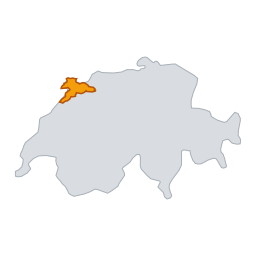 Jura highlighted on a map of Switzerland
{"feature_id": "CHE-160", "entity_name": "Jura", "entity_type": "Canton", "adm_level": 1, "iso_a3": "CHE", "parent_name": "Switzerland", "parent_adm1": "", "projection": "orthographic", "projection_center": [7.156, 47.327], "detail": "fine", "context": "in_parent", "style": "filled", "palette": "amber", "viewbox_px": 256, "rotation_deg": 0, "n_neighbors": 0, "source": "natural_earth", "source_scale": "10m", "svg_char_len": 3591}
<svg xmlns="http://www.w3.org/2000/svg" viewBox="0 0 256 256"><path d="M192.4,74.3L193.9,75.2L197.6,78.3L196.9,83.8L193.2,92.8L191.2,100.1L191.1,105.6L191.6,108.1L192.4,108.1L196.3,108.3L198.2,108.3L204.5,109.6L209.6,111.6L210.6,113.8L211.4,116.6L217.5,120.2L224.4,122.4L226.7,121.6L234.8,112.3L238.1,113.6L240.3,118.3L240.3,120.8L238.4,130.4L238.2,135.5L240.3,138.8L240.6,141.5L240.1,143.9L236.8,144.2L232.1,143.1L228.1,139.2L225.2,139.8L222.7,140.9L221.6,144.9L220.6,149.6L221.1,152.1L223.0,154.0L224.5,158.2L225.8,163.7L226.6,166.1L225.8,167.3L223.4,168.1L221.4,167.5L217.7,161.1L215.9,158.6L213.2,158.3L208.3,160.0L201.0,163.9L197.9,164.0L195.3,163.4L192.8,160.3L190.6,154.4L189.9,150.6L188.4,150.8L183.6,149.8L181.4,151.4L181.6,157.5L181.4,165.2L179.1,170.2L172.6,178.9L170.2,182.7L169.3,185.4L169.1,187.7L170.2,191.7L171.7,195.5L170.6,197.7L167.1,199.0L164.5,196.7L163.4,192.6L157.9,187.0L160.3,182.2L159.8,181.1L150.8,178.8L146.9,175.3L141.3,169.1L140.3,166.4L140.4,157.6L140.0,155.5L139.3,154.4L136.7,154.6L133.1,157.7L129.8,162.3L123.0,167.5L122.3,168.6L124.6,173.6L124.5,175.5L119.0,183.6L118.0,186.2L110.9,191.3L107.6,193.2L97.6,189.6L94.9,189.1L90.5,191.6L84.2,194.0L74.0,196.3L70.3,194.6L68.5,193.0L67.7,190.6L65.1,186.3L62.3,183.8L60.3,181.0L57.6,178.0L56.0,175.5L58.3,167.4L56.6,164.6L55.8,160.5L56.2,157.8L55.3,157.1L46.3,155.5L38.7,155.9L33.3,158.6L28.9,163.0L28.3,163.9L28.6,164.8L30.7,168.9L27.0,173.2L21.2,176.5L17.1,176.8L15.4,176.1L15.4,171.4L18.7,169.8L21.8,166.8L22.9,162.5L23.3,159.5L20.1,155.9L20.6,153.7L22.6,149.5L23.8,145.8L25.4,142.6L31.7,137.4L38.0,132.1L39.0,126.5L39.6,119.7L40.5,118.0L48.9,114.0L51.0,112.4L52.1,110.1L58.7,102.4L65.3,94.9L66.6,92.3L67.7,90.8L67.7,89.6L66.9,88.6L63.8,88.0L62.8,85.5L66.1,81.2L70.3,78.6L74.4,78.6L76.1,79.8L76.0,81.2L77.7,82.8L80.8,83.3L84.7,82.7L88.5,81.1L90.8,77.2L92.2,74.3L98.1,71.0L102.2,72.6L113.5,73.0L121.7,72.0L126.8,69.7L133.2,69.6L137.5,70.8L138.3,70.6L139.5,70.3L140.6,69.0L144.6,68.1L145.2,67.1L145.0,66.1L144.2,65.6L139.3,66.2L137.4,65.4L136.9,63.6L138.4,60.4L142.0,57.7L145.1,57.0L147.3,57.7L152.9,62.4L154.2,62.5L154.9,61.6L156.0,61.1L157.9,62.0L160.1,65.0L160.4,65.4L172.6,64.1L175.3,64.0L183.7,69.1L192.4,74.3Z" fill="#d9dde1" stroke="#a8b0b8" stroke-width="1"/><path d="M68.2,77.9L68.6,78.0L69.1,78.3L70.4,78.5L72.8,78.1L74.0,78.3L74.6,78.7L75.3,78.8L76.6,78.7L75.7,80.8L76.0,82.0L77.1,82.6L78.6,83.1L78.8,83.2L78.9,83.5L79.1,83.8L79.5,83.9L79.8,83.8L81.7,83.0L83.0,82.7L84.4,82.8L84.5,83.0L86.7,84.2L88.1,85.3L88.4,85.8L88.5,86.4L88.7,86.5L88.8,86.6L89.3,86.6L91.8,87.2L92.7,87.3L93.1,87.3L93.5,87.5L93.9,87.8L94.4,88.5L95.2,89.2L94.4,90.0L94.3,90.4L94.3,90.7L94.5,90.8L95.4,90.9L95.3,91.1L92.3,91.9L86.9,91.5L86.4,91.3L86.3,91.1L86.1,90.7L85.9,90.8L85.8,91.1L85.6,91.3L85.3,91.6L84.9,91.8L84.7,92.0L84.1,92.5L83.5,92.8L82.2,93.3L81.5,93.5L80.5,93.5L76.4,92.7L76.2,93.4L76.3,93.7L76.2,94.0L75.5,94.6L75.4,94.8L75.4,95.0L75.5,95.8L75.6,96.1L75.4,96.3L72.9,96.8L71.4,96.6L71.0,96.7L70.8,96.9L70.7,97.3L70.6,97.6L70.3,98.1L70.0,98.6L69.7,99.1L69.1,99.6L68.3,100.0L67.9,100.4L67.3,100.9L66.8,101.0L65.7,101.0L65.1,101.3L63.3,102.7L62.8,103.0L62.4,103.1L62.2,103.0L62.0,102.8L61.5,102.4L60.2,102.3L59.6,102.1L60.7,100.4L62.1,98.9L65.5,96.5L65.3,94.6L65.6,93.1L66.6,92.2L67.0,92.1L67.3,92.0L68.0,91.0L68.5,90.7L69.0,90.6L69.5,90.3L69.9,89.5L69.4,88.8L68.6,88.1L67.9,87.5L67.0,87.9L61.1,88.5L61.3,87.5L61.9,86.4L62.7,85.4L64.0,84.7L64.0,83.3L64.7,83.2L65.3,83.0L66.1,82.6L66.9,81.9L67.2,81.3L67.0,80.4L66.5,79.4L66.4,78.6L67.3,78.3L67.7,78.0L68.2,77.9Z" fill="#f59e0b" stroke="#b45309" stroke-width="1.5"/></svg>